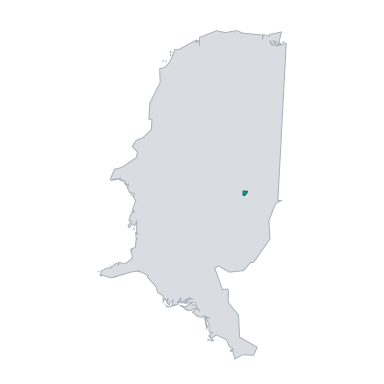 Lac qui Parle, Minnesota, United States of America shown in context, rotated 93°
{"feature_id": "52423323B12319961540390", "entity_name": "Lac qui Parle", "entity_type": "district", "adm_level": 2, "iso_a3": "USA", "parent_name": "United States of America", "parent_adm1": "Minnesota", "projection": "mercator", "projection_center": [-96.201, 45.037], "detail": "fine", "context": "in_parent", "style": "filled", "palette": "teal", "viewbox_px": 384, "rotation_deg": 93, "n_neighbors": 0, "source": "geoboundaries", "source_scale": "gbopen_adm2", "svg_char_len": 4189}
<svg xmlns="http://www.w3.org/2000/svg" viewBox="0 0 384 384"><g transform="rotate(93 192 192)"><path d="M312.5,139.1L334.4,136.9L343.6,118.8L351.8,122.0L351.9,133.2L356.5,140.5L348.2,143.1L347.7,145.1L346.4,142.6L344.2,146.8L337.8,149.7L333.4,160.2L336.9,164.6L339.3,164.0L338.7,162.1L339.5,163.0L339.6,165.2L332.7,166.6L331.4,164.3L330.6,167.5L322.7,168.2L316.6,172.2L317.3,169.9L316.7,168.4L315.0,173.9L316.7,174.8L316.1,179.4L312.0,185.2L307.8,181.6L310.4,177.9L307.5,180.5L308.6,184.5L310.3,186.8L310.6,189.4L305.5,198.6L307.1,192.8L303.2,187.3L305.9,181.4L301.9,183.2L303.2,191.9L299.4,189.3L298.1,189.5L299.3,186.8L299.3,186.0L297.9,188.1L297.9,189.9L303.6,193.3L302.3,194.8L299.8,191.8L298.8,191.3L302.0,194.9L303.4,195.6L302.5,197.7L300.8,196.1L303.5,199.3L302.8,199.7L301.5,198.1L298.0,197.3L302.3,200.4L305.1,200.3L307.8,208.0L305.4,202.1L306.2,206.0L300.9,205.1L304.7,208.9L306.5,207.9L304.1,211.3L299.2,210.1L302.2,211.9L299.6,213.6L302.6,214.9L297.1,215.6L294.1,221.1L288.9,222.6L279.0,232.3L277.8,231.3L274.0,240.1L273.7,242.3L275.2,248.9L282.0,268.3L279.6,278.3L276.0,278.9L272.6,273.5L271.9,269.0L266.9,263.8L268.6,261.5L266.1,261.6L267.2,254.9L261.3,248.1L252.0,249.7L250.4,245.7L241.3,245.3L242.4,243.8L240.8,245.3L236.7,246.1L236.7,243.0L236.0,245.2L223.4,245.7L228.7,247.3L226.9,250.1L230.9,252.8L228.9,254.2L224.4,250.6L224.1,253.4L218.0,252.2L214.5,248.7L212.4,250.5L203.4,247.7L198.2,251.6L199.5,250.5L196.7,249.5L195.3,254.4L189.8,257.4L191.1,256.5L187.5,256.0L188.7,257.7L184.5,259.7L182.9,264.9L181.1,264.1L182.7,265.5L183.0,270.3L184.6,273.2L183.4,274.2L173.4,270.6L171.2,263.5L160.5,249.3L155.0,248.5L149.8,254.1L143.3,250.4L140.3,243.7L131.6,235.8L121.5,235.8L121.5,238.8L105.4,238.8L84.4,229.5L70.7,230.7L68.8,225.5L62.9,220.6L50.7,216.7L50.6,212.9L40.1,195.8L40.4,194.0L42.5,196.3L41.2,192.4L45.7,192.1L37.3,192.6L29.7,175.9L31.1,166.8L28.5,156.4L30.7,149.6L31.6,129.2L36.0,129.7L31.1,128.7L32.4,123.0L30.8,123.1L27.5,111.0L38.5,113.1L36.5,119.5L39.9,115.0L39.7,120.3L37.1,121.6L38.9,121.8L40.9,119.6L41.6,114.2L38.5,105.7L195.9,105.8L196.0,102.5L199.0,107.9L216.7,113.8L234.6,111.7L258.7,126.5L259.7,130.3L267.8,136.3L270.1,150.5L264.4,161.6L267.0,165.2L287.8,156.5L287.1,151.3L288.9,150.4L300.5,150.1L312.5,139.1ZM325.0,170.4L328.5,169.9L316.3,173.0L326.4,169.2L325.0,170.4ZM39.4,111.0L40.9,114.4L40.8,114.9L38.7,112.4L39.4,111.0ZM184.5,272.4L183.1,268.2L183.2,265.8L183.4,268.3L184.5,272.4ZM349.0,143.5L348.9,145.1L348.4,144.8L349.0,143.5ZM214.6,249.9L214.9,250.9L213.9,250.1L214.6,249.9ZM55.4,220.9L56.8,220.3L56.9,220.5L55.4,220.9ZM53.9,220.5L53.4,221.2L52.9,220.6L53.9,220.5ZM335.8,166.9L334.9,167.8L334.6,167.6L335.8,166.9ZM184.0,263.6L183.2,265.5L185.1,261.8L184.0,263.6ZM280.1,261.9L281.4,265.7L279.8,261.6L280.1,261.9ZM62.6,224.3L63.2,225.4L62.5,224.4L62.6,224.3ZM280.2,278.8L279.0,280.0L280.9,277.5L280.2,278.8ZM308.2,210.6L306.9,212.2L308.0,208.4L308.2,210.6ZM37.8,108.2L37.9,109.2L37.2,108.7L37.8,108.2ZM188.8,258.4L186.8,259.3L188.8,258.1L188.8,258.4ZM339.1,167.3L339.0,168.4L338.0,168.2L339.1,167.3ZM62.6,227.3L63.0,228.6L62.4,227.4L62.6,227.3ZM186.4,260.0L185.6,260.5L186.2,259.8L186.4,260.0ZM310.1,191.2L308.7,193.4L310.3,190.3L310.1,191.2ZM197.6,252.5L196.3,253.2L198.2,251.9L197.6,252.5ZM274.2,241.2L274.0,242.8L273.9,241.6L274.2,241.2ZM303.1,215.1L302.6,215.5L303.9,214.2L303.1,215.1ZM255.3,249.3L253.8,250.2L253.2,250.0L255.3,249.3ZM236.1,245.8L235.8,246.1L234.9,246.0L236.1,245.8ZM270.2,269.2L270.4,270.3L270.0,268.9L270.2,269.2ZM232.1,248.0L231.9,249.1L231.8,247.2L232.1,248.0ZM276.7,281.4L275.8,281.5L277.0,281.2L276.7,281.4ZM315.8,180.2L315.1,181.3L315.9,179.7L315.8,180.2ZM305.9,212.6L305.3,212.9L305.2,212.9L305.9,212.6Z" fill="#d9dde1" stroke="#a8b0b8" stroke-width="1"/><path d="M188.6,140.7L192.0,140.7L192.0,140.0L192.6,140.0L192.6,139.7L192.4,139.6L192.1,139.4L192.1,139.2L191.9,139.1L191.9,138.9L191.2,138.3L191.1,138.1L190.9,137.9L190.5,137.7L190.3,137.6L190.2,137.6L189.9,137.4L189.7,137.4L189.5,137.1L189.0,137.0L188.8,137.1L188.6,137.0L188.6,137.4L188.6,137.5L188.6,138.1L188.6,138.4L188.6,138.7L188.6,138.8L188.6,139.3L188.6,139.9L188.6,140.0L188.6,140.7Z" fill="#14b8a6" stroke="#0f766e" stroke-width="1.5"/></g></svg>